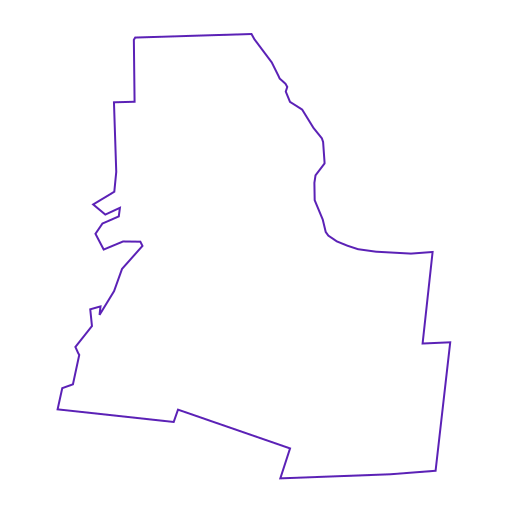 Oswego, New York, United States of America (Albers equal-area conic projection), rotated 91°
{"feature_id": "52423323B56598235469590", "entity_name": "Oswego", "entity_type": "district", "adm_level": 2, "iso_a3": "USA", "parent_name": "United States of America", "parent_adm1": "New York", "projection": "albers", "projection_center": [-76.226, 43.431], "detail": "fine", "context": "isolated", "style": "outline", "palette": "violet", "viewbox_px": 512, "rotation_deg": 91, "n_neighbors": 0, "source": "geoboundaries", "source_scale": "gbopen_adm2", "svg_char_len": 918}
<svg xmlns="http://www.w3.org/2000/svg" viewBox="0 0 512 512"><g transform="rotate(91 256 256)"><path d="M467.6,72.7L338.9,60.3L340.6,87.9L248.9,79.5L250.9,101.1L249.6,136.1L247.4,154.2L244.1,164.8L240.0,175.4L234.4,184.0L230.8,186.7L218.4,189.9L199.2,198.3L181.8,198.9L174.3,197.9L162.3,189.1L161.2,189.1L140.8,190.9L137.2,192.2L126.9,200.8L108.8,212.4L101.3,224.7L91.1,229.1L86.4,227.7L83.3,229.5L78.2,235.4L75.3,236.8L62.2,243.6L39.3,261.4L34.1,264.4L39.7,380.6L42.0,381.9L103.9,380.1L104.8,400.7L174.4,397.2L194.2,398.8L207.3,419.7L217.2,407.4L210.2,392.9L218.8,393.9L226.2,410.1L236.6,416.9L252.2,408.4L243.8,389.2L243.7,371.9L247.9,369.7L271.2,389.7L293.6,397.3L317.6,411.4L309.1,410.6L312.2,420.8L328.9,418.8L350.1,435.0L356.2,432.1L358.0,431.0L387.5,436.8L391.5,447.4L412.8,451.7L423.4,335.4L411.0,331.3L447.8,218.6L477.9,227.8L471.9,118.0L467.6,72.7Z" fill="none" stroke="#5b21b6" stroke-width="2"/></g></svg>